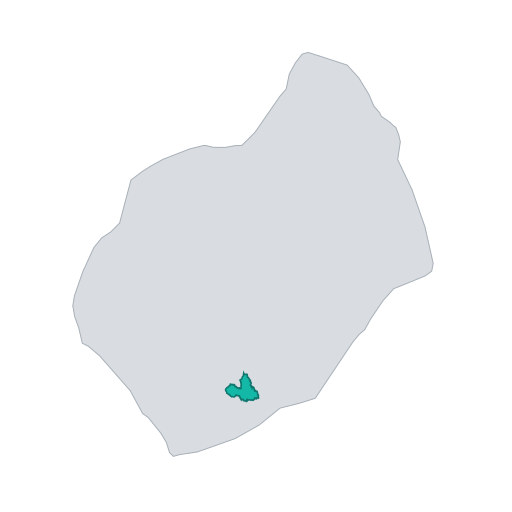 'Maoa-Mafubelu, Leribe, Lesotho (highlighted), rotated 186°
{"feature_id": "5366337B41194073686106", "entity_name": "'Maoa-Mafubelu", "entity_type": "district", "adm_level": 2, "iso_a3": "LSO", "parent_name": "Lesotho", "parent_adm1": "Leribe", "projection": "equal_earth", "projection_center": [28.202, -28.958], "detail": "fine", "context": "in_parent", "style": "filled", "palette": "teal", "viewbox_px": 512, "rotation_deg": 186, "n_neighbors": 0, "source": "geoboundaries", "source_scale": "gbopen_adm2", "svg_char_len": 5978}
<svg xmlns="http://www.w3.org/2000/svg" viewBox="0 0 512 512"><g transform="rotate(186 256 256)"><path d="M333.7,355.3L320.1,360.3L318.2,360.7L309.5,359.6L297.8,360.8L288.7,363.5L281.6,364.5L270.0,378.8L249.0,417.2L243.4,425.3L241.9,440.4L237.0,452.3L231.1,461.7L225.3,463.9L207.7,460.2L185.3,455.4L172.3,443.8L160.7,428.6L154.5,417.5L148.1,411.4L145.9,408.0L136.7,402.9L133.3,400.2L130.3,398.4L126.6,391.0L124.4,384.6L125.2,366.7L118.7,356.1L107.6,337.9L100.6,323.0L91.0,302.6L85.1,285.2L79.0,267.1L79.7,259.3L85.5,254.0L102.4,244.9L115.6,237.9L125.0,224.9L135.2,205.7L140.2,194.1L145.2,188.8L150.7,180.6L160.2,162.5L170.8,142.4L182.2,120.7L196.5,114.5L216.2,107.2L235.1,88.3L257.6,72.3L293.9,55.0L310.9,50.6L317.3,48.1L321.4,51.4L325.7,61.3L331.9,69.6L346.2,84.0L352.3,87.5L367.0,108.9L382.8,123.5L401.0,140.3L413.3,148.7L419.6,151.1L424.8,166.0L430.1,177.1L433.0,187.4L432.4,197.5L426.6,222.3L418.1,247.5L411.3,258.0L403.1,264.6L395.1,274.5L392.0,294.7L388.3,318.5L377.8,328.3L369.7,334.7L358.5,342.5L333.7,355.3Z" fill="#d9dde1" stroke="#a8b0b8" stroke-width="1"/><path d="M272.3,120.3L272.2,120.0L272.3,119.4L272.0,118.8L271.1,117.9L270.9,117.3L270.7,116.5L269.9,116.0L269.7,116.0L269.3,116.0L268.9,115.8L268.7,115.5L268.5,115.2L268.3,115.2L267.8,115.3L267.5,114.8L267.0,114.6L266.8,114.1L266.6,114.1L265.6,113.4L265.1,113.5L264.8,113.7L264.6,113.7L264.1,113.6L263.1,113.4L262.3,114.1L262.2,114.3L261.8,114.5L261.6,114.8L261.5,115.4L261.3,115.7L261.0,115.5L260.8,115.5L260.8,115.3L260.7,115.2L260.5,115.4L260.3,115.5L260.2,115.4L260.1,115.2L259.7,115.2L259.4,115.1L259.2,115.1L258.9,115.3L258.7,115.2L258.7,115.3L258.1,115.3L258.0,115.1L258.0,114.9L258.1,114.7L257.9,114.3L257.7,114.2L257.4,114.3L257.4,114.2L257.2,114.0L257.2,113.9L257.1,113.7L257.0,113.1L256.9,113.0L256.8,112.8L256.7,112.7L256.6,112.8L256.5,112.6L256.4,112.7L256.1,112.2L255.7,112.3L255.7,112.2L255.6,112.3L255.4,112.2L255.2,112.1L255.2,111.9L255.0,111.6L254.9,111.5L254.9,111.4L254.7,111.6L254.4,111.6L254.2,111.6L253.9,111.8L253.7,112.0L253.4,111.9L253.3,111.4L253.2,111.2L252.8,110.9L252.7,110.7L252.6,110.8L252.4,110.7L252.2,110.7L251.3,110.9L250.9,110.7L250.6,110.3L250.4,110.5L250.3,110.9L250.0,111.2L250.2,112.0L250.0,112.6L249.9,112.7L249.5,112.6L249.5,112.4L249.5,112.1L249.3,112.1L249.1,112.3L249.0,112.2L249.0,111.8L248.8,112.1L248.4,111.9L248.0,112.2L247.5,112.4L247.2,112.4L247.0,112.2L246.7,112.3L246.6,112.1L246.4,112.1L245.9,112.0L245.7,112.2L245.5,112.3L245.2,112.3L244.8,112.5L244.7,112.4L244.4,112.2L244.3,112.4L244.2,112.6L243.8,112.9L243.4,113.0L243.2,112.6L243.0,112.8L243.0,113.1L242.8,113.3L242.6,113.9L242.4,114.2L241.9,114.3L242.0,114.6L242.1,114.8L241.4,114.7L241.4,114.0L240.9,114.1L240.9,113.9L240.5,113.9L240.4,114.0L240.4,114.5L240.5,114.9L240.4,115.1L240.2,115.1L239.9,115.4L239.6,115.2L239.2,115.3L238.9,114.9L238.8,114.7L238.7,114.7L238.5,115.1L238.7,115.6L238.9,115.9L238.9,116.1L238.9,116.3L239.1,116.5L239.3,117.0L239.0,117.2L239.0,117.5L238.9,117.7L239.0,117.9L239.3,117.8L239.4,118.2L239.6,118.5L240.0,118.6L239.9,119.0L240.0,119.4L240.0,119.6L240.3,120.0L240.3,120.5L240.6,121.0L240.6,121.3L240.7,121.5L240.9,121.6L241.0,121.5L241.2,121.4L241.3,121.6L241.5,121.7L242.0,121.6L242.1,121.9L242.3,122.0L242.5,122.1L242.7,122.4L242.8,122.5L243.1,122.3L243.1,122.2L243.4,122.2L243.4,121.8L243.5,121.9L243.5,122.0L243.5,122.8L243.7,123.0L243.9,123.0L244.1,123.3L244.0,123.6L244.1,123.9L244.0,124.2L244.2,124.7L244.3,124.8L244.5,124.8L244.7,125.1L244.9,125.3L245.1,125.4L245.0,125.1L245.3,124.7L245.6,124.9L245.5,124.7L245.6,124.8L245.8,125.0L245.7,125.2L245.9,125.2L246.0,125.1L245.9,125.1L246.1,124.6L246.2,125.2L246.5,125.3L246.4,125.5L246.4,125.8L246.5,125.8L246.6,125.7L246.7,125.3L246.9,125.6L246.9,125.9L247.2,126.1L247.3,126.5L247.6,126.3L247.8,126.5L248.1,126.7L248.2,126.9L248.0,127.1L248.1,127.4L248.0,127.6L247.8,127.9L247.8,128.2L247.7,128.4L247.5,128.7L247.4,128.9L247.6,129.4L247.7,129.6L247.8,129.7L247.9,129.9L248.2,129.9L248.3,130.0L248.7,130.2L248.7,130.5L248.8,130.4L248.9,130.5L248.7,130.7L248.5,131.0L248.7,131.3L248.9,131.2L248.9,131.3L248.9,131.6L249.0,131.7L248.8,131.8L249.0,132.0L249.2,132.4L249.4,132.6L249.6,132.5L250.0,132.8L249.9,133.1L250.0,133.2L250.2,133.4L250.3,133.6L251.0,134.2L251.0,134.4L251.4,134.5L251.8,134.4L252.1,134.9L252.1,135.1L251.9,135.4L252.0,135.8L252.2,136.2L252.2,136.8L252.3,137.2L252.5,137.1L253.0,137.2L253.3,137.5L253.8,137.3L254.1,137.0L254.3,137.0L254.6,136.8L254.8,137.0L255.0,137.3L255.5,137.5L255.8,138.0L256.0,138.4L256.1,137.5L256.1,137.3L255.8,137.2L256.0,136.7L256.0,136.4L256.1,136.2L256.1,135.7L256.3,135.1L256.5,134.8L256.9,134.4L257.0,134.2L257.1,133.0L257.4,132.1L257.6,132.1L257.8,131.8L258.0,131.7L258.3,131.6L258.6,131.3L258.5,131.2L258.7,130.5L258.8,130.5L258.5,130.0L258.4,129.9L258.2,130.0L257.8,129.6L257.8,129.1L258.0,128.9L258.0,128.5L257.9,128.4L257.5,128.3L257.4,128.2L257.4,127.9L257.6,127.6L257.4,127.2L257.4,126.9L257.2,126.6L257.2,126.1L257.4,125.9L257.1,125.6L257.2,125.3L257.1,125.2L257.3,124.2L257.2,124.1L257.1,123.6L257.1,123.0L257.0,122.7L257.4,122.7L257.6,122.4L258.0,122.3L258.3,122.5L258.4,123.1L258.6,123.2L258.8,123.2L259.0,123.1L259.3,123.0L259.3,122.6L259.4,122.3L259.5,122.3L259.7,122.5L259.9,122.5L260.0,122.6L260.0,122.9L260.4,123.1L260.5,123.1L260.8,122.8L261.2,123.2L261.9,123.2L262.0,123.4L262.0,123.6L261.9,123.8L261.9,124.1L262.0,124.1L262.4,124.0L262.5,124.1L262.8,124.1L263.2,124.0L263.2,124.5L263.7,125.0L263.7,125.5L263.9,125.7L264.3,125.7L264.3,125.9L264.4,126.0L264.5,126.0L264.6,125.8L264.8,125.5L265.0,125.7L265.0,125.8L265.2,125.4L265.3,125.2L265.7,125.4L266.0,125.4L266.1,125.6L266.4,125.6L266.5,125.8L266.6,125.7L266.6,125.4L267.3,125.4L267.8,126.0L268.0,126.0L268.2,125.9L268.3,125.8L268.2,125.4L268.2,125.0L268.4,124.6L268.8,124.3L269.0,124.0L269.4,123.8L269.5,123.5L269.6,123.2L269.8,122.8L270.3,122.8L270.9,122.2L271.1,122.1L271.1,121.9L271.6,121.4L271.9,120.9L272.2,120.5L272.3,120.3Z" fill="#14b8a6" stroke="#0f766e" stroke-width="1.5"/></g></svg>